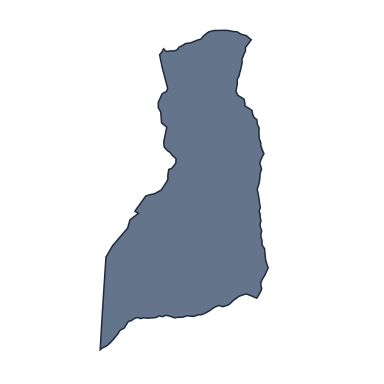 Alto Paraná, Paraná, Brazil (Robinson projection), rotated 4°
{"feature_id": "56859067B34813468974748", "entity_name": "Alto Paraná", "entity_type": "district", "adm_level": 2, "iso_a3": "BRA", "parent_name": "Brazil", "parent_adm1": "Paraná", "projection": "robinson", "projection_center": [-52.31, -23.07], "detail": "fine", "context": "isolated", "style": "filled", "palette": "slate", "viewbox_px": 384, "rotation_deg": 4, "n_neighbors": 0, "source": "geoboundaries", "source_scale": "gbopen_adm2", "svg_char_len": 2245}
<svg xmlns="http://www.w3.org/2000/svg" viewBox="0 0 384 384"><g transform="rotate(4 192 192)"><path d="M240.5,36.0L235.2,32.2L229.7,31.1L226.1,29.1L222.0,29.0L216.3,28.3L211.2,28.6L202.4,29.4L197.5,31.1L195.5,32.8L192.3,35.8L190.3,38.8L186.0,40.4L183.6,41.7L179.5,43.5L175.2,44.3L171.5,47.1L169.1,48.3L167.3,51.0L164.4,52.6L161.5,52.6L156.5,53.6L153.6,51.1L152.2,54.4L150.1,57.3L153.4,69.3L160.5,90.3L159.5,93.5L155.4,96.0L152.1,105.1L152.5,110.3L155.2,114.4L156.8,125.2L162.3,129.1L160.3,144.1L161.1,149.0L164.2,152.2L167.4,154.1L169.7,156.8L173.7,159.9L173.9,164.0L171.8,167.6L169.8,170.1L167.2,171.1L166.7,177.6L167.1,180.7L165.9,183.8L161.2,192.1L157.5,194.6L154.6,196.4L150.2,197.6L146.2,199.2L138.2,212.1L136.4,215.3L140.1,217.0L132.1,224.0L130.3,232.5L116.5,251.1L110.7,263.0L111.0,320.1L111.4,355.7L114.0,353.5L117.5,351.6L121.1,348.0L123.7,344.7L128.1,338.5L129.7,335.1L133.9,332.5L136.0,328.3L137.7,325.5L140.3,324.7L143.5,322.1L146.5,321.0L149.6,321.9L152.2,320.8L156.3,321.0L161.6,320.3L164.9,319.7L167.7,317.9L171.6,318.4L174.4,316.8L177.4,317.1L180.8,318.0L183.4,318.8L186.5,318.0L191.6,317.5L195.8,315.8L199.9,316.0L202.5,316.0L206.8,314.1L210.2,313.7L214.2,311.6L217.7,309.3L220.9,306.5L224.1,304.5L226.8,303.3L230.6,304.3L233.6,303.2L236.6,301.8L238.8,299.6L241.0,297.1L243.6,295.0L246.1,292.8L250.2,291.0L253.1,289.9L257.2,291.1L264.0,293.4L265.7,290.2L267.3,286.7L268.3,283.6L267.1,279.8L267.2,276.7L268.7,273.2L270.5,269.9L271.8,266.3L273.3,262.1L271.8,259.0L270.2,254.6L269.2,249.1L268.3,243.4L265.6,239.9L265.2,235.2L264.0,232.5L263.7,229.4L264.2,225.9L263.0,223.1L262.1,220.3L262.8,215.6L261.8,212.7L261.5,209.3L260.3,206.6L261.3,202.5L260.3,199.2L259.5,194.9L258.0,188.4L256.8,184.9L257.7,181.3L258.5,177.5L258.7,173.3L258.7,168.4L259.8,164.3L257.6,158.5L258.5,155.1L259.8,151.6L261.1,148.8L259.1,145.0L257.5,141.1L257.1,137.8L255.3,133.8L254.6,127.5L254.5,123.5L252.5,119.9L251.6,115.2L249.0,113.6L247.5,111.4L246.2,106.5L242.9,104.5L239.0,102.7L238.5,99.4L237.4,95.7L234.6,94.2L231.1,92.5L228.9,88.6L229.1,85.6L229.7,81.2L229.3,76.5L230.9,72.8L231.3,69.9L231.9,67.1L232.5,63.1L233.0,59.5L232.6,56.2L234.0,51.5L235.5,47.5L235.3,44.1L237.7,40.4L240.5,36.0Z" fill="#64748b" stroke="#1e293b" stroke-width="1.5"/></g></svg>